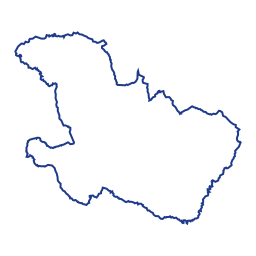 outline of Paltas, Loja, Ecuador
{"feature_id": "8360857B19688519580687", "entity_name": "Paltas", "entity_type": "district", "adm_level": 2, "iso_a3": "ECU", "parent_name": "Ecuador", "parent_adm1": "Loja", "projection": "robinson", "projection_center": [-79.812, -4.002], "detail": "fine", "context": "isolated", "style": "outline", "palette": "blue", "viewbox_px": 256, "rotation_deg": 0, "n_neighbors": 0, "source": "geoboundaries", "source_scale": "gbopen_adm2", "svg_char_len": 5707}
<svg xmlns="http://www.w3.org/2000/svg" viewBox="0 0 256 256"><path d="M73.6,32.7L72.3,35.2L70.3,35.4L67.9,34.3L65.0,35.3L64.0,37.1L63.7,36.0L63.2,35.8L62.0,36.5L59.7,36.4L58.5,35.8L57.5,36.4L55.8,36.1L55.3,35.3L55.3,34.3L54.5,33.9L53.7,34.5L54.4,35.7L53.0,36.4L51.8,35.3L49.3,36.5L48.9,35.3L47.9,35.6L46.7,35.1L45.7,37.7L44.4,38.6L41.3,38.6L35.7,36.6L32.6,38.7L29.9,38.9L29.2,39.8L29.1,41.5L28.5,42.1L27.2,42.3L25.6,41.7L23.9,44.1L22.0,43.5L21.0,43.9L18.1,46.5L15.4,51.4L16.0,53.1L16.5,53.5L16.0,54.7L16.1,55.2L17.4,55.9L18.8,56.0L20.0,54.8L21.0,55.4L21.2,56.3L19.8,57.2L20.5,58.5L20.9,61.6L21.4,62.2L22.9,62.1L24.7,63.8L26.0,63.3L28.3,65.4L28.6,67.7L29.8,67.5L32.5,69.1L35.1,67.7L36.2,69.5L36.7,69.5L37.1,68.8L37.5,69.9L38.3,70.1L38.5,71.0L40.5,71.9L41.1,73.2L39.8,73.7L39.8,74.2L42.3,76.4L40.9,76.9L40.7,79.2L41.7,79.9L43.2,79.6L43.5,81.0L44.7,81.3L46.1,82.8L46.8,84.1L47.9,84.0L48.1,85.2L48.8,86.0L49.5,86.2L51.3,85.2L52.2,85.2L52.9,83.4L53.9,83.9L55.5,83.3L56.7,84.3L56.4,85.4L56.8,86.7L55.2,90.5L55.4,93.3L55.8,94.0L55.6,98.4L57.0,102.2L56.3,104.2L56.6,106.7L57.8,107.7L57.8,111.1L59.4,115.3L59.3,118.0L59.6,118.9L61.3,120.4L63.5,125.5L65.2,125.4L67.0,126.0L67.8,126.8L68.5,126.5L69.1,127.5L70.3,127.7L70.4,129.9L69.7,131.7L69.9,132.8L74.0,142.5L73.7,143.4L73.0,143.8L70.3,144.2L68.6,142.6L67.8,142.4L63.7,144.6L61.8,145.0L61.4,145.6L60.3,145.3L58.1,146.4L56.2,146.6L55.1,147.3L54.4,147.1L53.1,148.1L51.3,147.5L50.6,147.8L48.0,146.0L46.9,145.8L46.7,144.5L45.9,143.8L45.7,143.0L45.1,142.9L44.6,142.2L42.4,141.8L41.4,141.3L40.5,140.5L40.2,138.6L39.4,137.9L37.3,137.7L36.5,138.7L36.0,138.1L32.5,138.9L29.5,139.8L29.0,140.6L27.9,141.1L28.0,142.2L27.3,143.3L27.4,145.4L26.4,147.9L26.6,150.1L26.2,150.9L26.7,151.3L26.7,152.5L27.7,153.5L26.6,156.8L27.9,157.0L30.3,155.8L30.3,155.4L32.4,156.5L32.5,157.5L33.1,157.5L33.7,159.0L34.4,159.6L33.7,160.8L34.5,163.3L36.5,165.4L37.3,165.1L37.7,166.0L38.4,166.4L39.0,165.9L41.2,166.3L44.2,166.2L44.8,166.6L48.0,164.9L52.1,165.5L54.7,168.2L55.5,171.1L56.6,173.2L57.5,176.7L57.8,180.4L58.7,181.9L60.6,183.7L60.5,187.5L61.6,188.4L62.9,190.5L64.6,191.3L66.5,193.8L67.7,194.5L69.0,196.2L69.8,196.6L70.1,198.4L71.6,198.3L73.1,200.2L74.3,200.4L75.3,200.0L76.3,200.5L77.2,201.5L77.9,201.7L77.9,202.2L80.8,203.2L81.8,203.0L82.9,204.0L86.5,204.9L87.9,203.4L89.2,202.8L88.9,201.3L90.9,197.8L90.9,197.3L89.7,196.9L89.7,195.9L93.0,195.5L94.0,196.5L96.6,197.5L98.1,195.5L98.9,193.8L101.0,193.3L101.2,191.3L102.3,189.7L102.7,187.7L103.1,187.7L106.6,188.7L108.9,190.7L110.4,191.0L110.6,192.6L112.3,191.5L112.7,192.9L113.6,193.8L113.3,195.1L114.0,196.0L115.4,196.8L117.0,196.7L117.9,197.8L118.6,197.7L119.1,198.8L121.3,199.0L125.5,201.9L126.2,202.1L128.5,201.0L129.4,201.9L131.1,201.7L133.8,202.5L134.7,203.3L137.4,202.6L138.0,204.4L139.2,203.7L141.3,203.8L142.2,204.8L142.9,205.0L142.6,205.7L142.9,206.2L145.4,207.8L146.6,207.9L147.3,209.9L147.9,210.6L149.1,210.4L151.1,212.1L152.8,212.8L153.6,214.6L154.6,215.5L155.8,216.1L158.4,216.2L160.6,218.7L162.8,218.9L164.7,217.0L165.9,217.6L166.6,217.0L169.1,217.0L170.0,216.3L171.1,217.6L172.2,216.9L174.1,218.1L176.1,217.6L178.0,219.4L179.0,219.4L179.6,220.4L180.6,220.9L181.4,220.7L182.0,222.5L182.9,223.1L183.6,222.9L183.5,220.4L184.9,220.2L186.3,221.2L186.6,223.1L187.2,223.5L187.7,220.8L189.2,220.6L190.6,221.4L191.3,220.3L192.5,220.7L193.0,219.7L193.7,219.8L195.1,218.5L196.4,218.5L197.9,217.8L198.3,217.3L198.3,215.7L199.5,214.5L199.5,213.3L198.6,212.1L198.7,211.2L199.5,210.5L200.9,211.0L200.7,209.2L201.9,207.5L201.5,206.0L203.1,204.7L203.0,204.0L201.9,203.4L203.2,202.0L203.0,199.4L205.5,196.3L207.9,195.5L208.3,193.9L207.8,192.2L209.4,191.9L207.6,190.0L207.6,189.2L210.3,189.2L210.4,188.7L209.4,187.0L209.8,186.2L211.9,186.8L212.5,186.3L211.9,185.0L212.3,182.4L211.6,181.8L211.9,180.8L212.7,180.3L215.5,181.8L218.2,180.5L218.7,178.2L219.7,177.7L219.8,176.3L220.2,175.5L223.1,174.0L223.3,172.3L223.6,171.9L223.3,170.7L224.2,169.4L224.4,168.3L226.1,167.6L226.7,168.3L228.0,168.1L231.6,165.2L231.2,163.1L232.4,160.0L233.5,158.7L233.9,157.1L234.9,156.3L234.7,153.8L235.5,152.7L235.1,150.9L238.9,146.8L240.6,142.4L240.0,141.8L238.4,141.7L237.4,140.5L236.9,139.2L237.1,137.3L238.0,135.1L238.1,132.5L237.6,131.5L239.4,129.5L235.7,127.1L235.8,125.0L233.4,124.2L230.4,122.1L225.7,117.0L223.1,115.9L222.2,112.3L220.2,111.0L218.9,110.8L217.0,113.2L215.7,114.1L213.4,113.7L211.5,114.7L210.5,114.1L209.9,114.4L207.0,113.4L205.7,112.0L203.5,111.7L202.2,110.4L201.1,110.1L200.4,109.2L198.5,109.1L196.8,108.0L196.0,108.3L195.1,107.5L193.5,107.2L192.6,106.4L192.0,106.4L187.5,109.6L185.2,110.3L181.1,112.6L181.2,113.5L180.3,113.4L179.9,113.8L179.1,112.1L177.6,110.9L175.4,107.0L172.9,105.0L172.5,103.4L172.9,100.9L171.2,99.9L170.8,98.8L169.3,97.1L165.9,97.2L164.0,93.9L163.4,91.1L161.6,91.6L160.2,91.6L159.3,90.8L158.6,91.1L158.1,91.6L158.8,92.2L158.4,92.2L157.3,93.5L156.8,93.4L155.1,94.8L155.1,96.5L152.8,97.4L150.9,99.9L149.3,100.5L149.5,99.4L148.8,97.2L148.5,93.5L147.6,91.8L147.7,89.0L147.0,87.7L147.5,86.6L147.6,84.0L143.3,82.9L142.8,82.0L142.6,79.9L143.8,78.0L143.8,77.1L138.9,74.8L138.1,70.9L137.7,71.9L137.4,78.8L135.5,81.9L133.5,83.0L132.3,82.8L127.8,85.0L126.7,84.5L125.2,85.3L117.5,84.9L116.6,84.0L116.9,82.4L116.3,81.6L115.9,79.9L115.0,78.8L115.2,76.2L114.1,74.5L114.3,73.2L113.4,71.2L112.2,69.7L111.5,67.3L111.2,66.1L111.6,63.4L110.8,62.1L110.7,59.8L110.1,59.7L109.9,57.1L108.8,55.3L108.7,54.4L107.5,53.5L107.2,52.3L106.2,52.2L104.7,51.0L104.2,49.9L102.0,48.1L102.0,46.3L104.2,45.5L106.4,43.9L105.9,42.7L104.7,42.0L104.1,40.6L103.2,40.3L99.1,42.5L97.0,42.9L95.7,41.9L93.1,41.5L92.3,39.3L89.2,38.4L87.7,37.7L86.8,36.7L83.6,35.5L82.5,34.7L79.3,34.2L77.6,32.5L76.0,33.5L73.6,32.7Z" fill="none" stroke="#1e3a8a" stroke-width="2"/></svg>